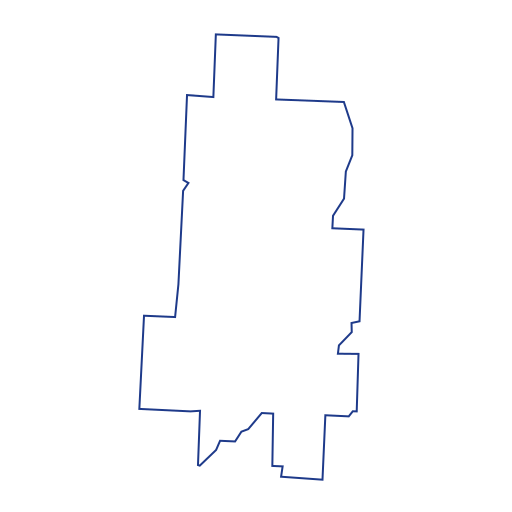 outline of Crenshaw, Alabama, United States of America, rotated 3°
{"feature_id": "52423323B38201258104652", "entity_name": "Crenshaw", "entity_type": "district", "adm_level": 2, "iso_a3": "USA", "parent_name": "United States of America", "parent_adm1": "Alabama", "projection": "mercator", "projection_center": [-86.295, 31.746], "detail": "fine", "context": "isolated", "style": "outline", "palette": "blue", "viewbox_px": 512, "rotation_deg": 3, "n_neighbors": 0, "source": "geoboundaries", "source_scale": "gbopen_adm2", "svg_char_len": 721}
<svg xmlns="http://www.w3.org/2000/svg" viewBox="0 0 512 512"><g transform="rotate(3 256 256)"><path d="M147.5,414.8L198.7,414.6L208.2,413.5L209.0,467.8L210.8,468.3L226.3,451.8L229.8,442.4L244.8,442.3L250.6,432.2L257.3,429.3L270.0,412.5L281.4,412.5L283.3,464.8L293.6,464.7L292.6,475.1L334.1,475.9L333.6,411.4L357.0,411.3L360.8,406.0L364.7,405.9L363.5,348.4L342.9,349.3L343.5,340.9L355.6,327.0L354.9,317.9L362.8,315.8L362.0,224.0L330.8,224.3L330.8,211.8L340.9,194.1L341.3,166.9L346.9,150.4L345.7,123.4L335.7,97.6L267.9,98.6L267.1,37.1L265.0,36.1L204.3,36.8L205.1,99.5L178.7,98.9L179.6,184.0L184.7,186.6L179.8,194.7L180.0,288.5L178.4,321.2L147.3,321.5L147.5,414.8Z" fill="none" stroke="#1e3a8a" stroke-width="2"/></g></svg>